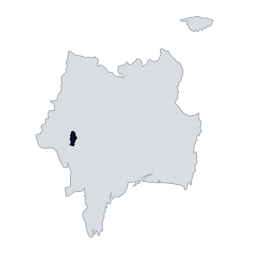 Val-d'Oise on a map of France (Equal Earth projection), rotated 266°
{"feature_id": "FRA-5349", "entity_name": "Val-d'Oise", "entity_type": "Metropolitan department", "adm_level": 1, "iso_a3": "FRA", "parent_name": "France", "parent_adm1": "", "projection": "equal_earth", "projection_center": [2.084, 49.057], "detail": "fine", "context": "in_parent", "style": "filled", "palette": "ink", "viewbox_px": 256, "rotation_deg": 266, "n_neighbors": 0, "source": "natural_earth", "source_scale": "10m", "svg_char_len": 4537}
<svg xmlns="http://www.w3.org/2000/svg" viewBox="0 0 256 256"><g transform="rotate(266 128 128)"><path d="M201.8,100.0L200.1,100.8L199.0,102.6L197.9,103.0L195.9,103.0L194.9,101.9L192.4,102.6L191.5,103.7L193.0,105.1L188.2,110.6L185.2,112.1L184.6,115.8L181.0,118.5L179.7,121.4L179.6,122.0L180.5,122.9L180.2,124.8L178.4,126.1L178.4,127.3L178.9,127.4L181.8,126.5L182.8,125.3L182.2,123.8L185.0,122.0L190.2,122.4L190.8,124.9L190.2,127.0L194.0,131.6L190.9,133.7L190.7,135.1L194.2,139.7L196.3,141.7L195.3,144.8L191.8,146.8L189.6,146.6L188.6,147.1L188.7,148.1L190.3,150.9L194.2,152.7L194.8,154.9L193.8,155.6L192.1,158.9L192.9,160.5L192.7,161.2L193.1,162.3L194.1,163.4L199.4,166.1L204.2,165.6L204.8,167.2L202.0,171.5L202.3,173.4L200.8,173.4L200.5,174.1L197.6,175.5L193.0,179.8L190.8,181.1L189.9,183.3L188.7,184.5L181.9,187.0L180.6,186.4L177.2,186.5L175.1,184.9L171.1,183.9L169.7,181.6L166.0,181.2L165.8,179.7L160.6,181.1L153.2,179.0L150.6,176.8L148.5,177.4L146.6,179.4L138.7,184.6L135.6,190.1L136.2,196.5L138.1,199.7L133.2,199.2L130.3,200.1L129.6,201.5L122.7,199.9L120.2,201.2L119.5,201.1L118.6,199.8L115.2,198.2L115.8,197.2L115.3,196.2L112.1,195.5L111.0,196.4L109.8,194.5L101.0,191.6L99.6,191.7L99.0,194.6L93.3,194.5L92.5,194.0L88.8,194.6L84.9,191.9L80.6,192.4L77.9,189.6L75.3,189.4L71.7,188.0L70.1,187.3L69.9,186.4L68.8,187.7L67.4,187.4L67.1,187.0L68.0,185.5L68.2,183.7L63.7,182.4L62.5,181.1L62.5,180.4L65.0,179.8L67.2,177.3L69.5,168.4L71.2,157.9L72.3,155.9L73.8,155.4L72.6,154.0L71.2,155.8L72.2,146.3L74.0,139.1L77.7,142.0L78.6,143.3L79.6,147.6L81.7,149.4L80.4,147.6L79.1,142.0L78.3,140.4L72.3,135.6L72.2,134.6L74.8,135.1L73.8,131.6L73.3,124.2L69.7,123.5L63.9,120.3L60.0,114.7L59.6,112.7L60.7,110.4L59.8,109.0L58.2,108.1L59.5,106.2L60.7,106.0L64.9,107.1L61.5,105.3L56.0,105.9L53.8,105.3L53.4,103.9L55.0,102.3L53.1,101.2L50.0,101.5L49.6,101.0L50.6,99.8L49.8,99.4L47.2,99.8L45.7,99.4L44.4,98.1L40.2,97.8L39.3,97.0L33.6,95.4L27.6,95.7L26.1,92.9L22.5,91.6L23.2,90.7L26.9,89.9L27.6,89.2L25.0,88.0L24.1,86.9L29.0,86.7L26.9,85.5L22.1,85.6L21.6,83.9L22.2,82.3L25.0,80.8L31.9,79.2L36.9,79.1L40.5,77.2L44.0,76.7L47.3,77.6L51.7,82.3L55.3,80.3L60.6,80.3L61.7,81.5L63.1,79.4L64.3,80.6L70.8,80.2L69.3,79.3L68.1,77.3L68.0,70.0L64.8,64.7L64.1,62.8L64.3,61.2L68.2,61.5L71.4,60.7L72.9,61.2L73.2,64.6L74.5,66.6L83.4,67.2L88.5,68.3L92.9,66.3L96.9,65.5L97.3,65.0L94.9,65.2L92.8,64.4L92.5,63.5L93.7,60.8L99.9,57.9L108.9,55.4L111.3,53.8L113.9,50.8L113.3,50.0L113.8,42.0L115.1,39.3L118.5,37.4L127.2,35.5L128.3,38.1L128.3,39.5L130.6,41.7L131.7,42.4L135.5,41.2L137.4,43.3L137.9,45.7L142.6,46.7L143.9,49.8L144.8,49.1L147.6,49.3L149.0,49.5L150.9,50.9L150.3,52.8L151.2,53.7L150.4,55.4L151.0,56.1L156.3,56.1L157.8,55.3L158.5,53.6L160.1,52.6L160.7,52.9L159.8,56.1L160.5,56.9L160.9,59.3L163.0,59.4L166.9,61.3L170.2,64.3L174.3,63.8L177.5,65.5L180.8,64.6L184.0,65.6L185.1,66.5L188.1,70.8L190.3,69.9L192.0,70.4L192.5,71.7L198.5,70.9L199.6,72.2L200.8,72.6L208.5,74.2L208.6,75.8L204.4,80.5L202.7,87.1L201.5,89.4L201.1,91.1L201.5,92.3L201.3,94.1L200.5,98.4L201.1,99.7L201.8,100.0ZM232.9,192.3L232.6,195.2L233.8,197.3L234.4,205.7L232.3,209.7L232.1,214.6L229.4,220.5L224.9,217.9L223.5,216.4L224.7,214.2L222.0,213.0L222.6,210.8L222.3,209.7L220.5,209.6L220.3,209.0L221.6,207.4L221.6,206.3L219.8,205.0L219.4,203.9L221.0,202.6L220.2,201.4L219.3,201.1L221.4,197.3L222.9,196.2L226.4,195.1L227.7,193.7L230.0,194.5L230.4,194.1L230.9,188.1L231.7,188.0L232.5,188.8L232.9,192.3ZM72.7,132.0L72.1,133.7L69.9,130.8L69.6,129.2L72.7,132.0Z" fill="#d9dde1" stroke="#a8b0b8" stroke-width="1"/><path d="M124.4,74.5L124.0,74.5L123.4,74.8L123.1,75.1L122.8,75.2L122.6,75.3L122.4,75.4L122.1,75.8L121.9,75.9L121.6,75.9L121.5,75.4L121.7,74.9L122.2,74.6L122.3,74.3L122.3,74.2L122.2,74.0L122.2,73.9L121.8,73.8L121.1,73.7L120.8,73.8L120.6,74.1L120.4,74.6L120.1,74.8L119.9,74.7L119.9,74.1L119.6,73.7L119.4,73.6L119.2,73.5L118.9,73.5L118.0,73.8L117.8,73.4L117.6,72.7L117.2,72.4L116.9,72.4L116.6,72.5L115.8,72.9L115.5,72.9L115.4,72.5L115.0,72.3L114.7,72.3L114.3,72.2L115.0,70.2L115.4,69.5L115.6,69.7L115.6,69.8L115.7,70.0L115.8,70.1L116.0,70.3L116.3,70.3L116.7,70.3L117.4,70.5L117.8,70.6L118.1,70.6L118.6,70.5L119.3,70.5L119.6,70.5L119.8,70.4L120.4,70.0L120.6,69.9L120.8,69.8L121.0,69.9L121.1,70.0L121.3,70.2L121.7,70.3L121.9,70.3L122.3,70.4L123.2,70.7L123.4,70.8L123.6,70.8L124.1,70.5L124.4,70.4L124.6,70.5L127.1,71.7L127.5,71.6L127.7,71.8L127.9,72.0L128.2,72.2L128.0,72.5L127.9,73.2L127.7,73.6L127.3,73.8L126.6,74.4L126.1,74.6L124.8,74.3L124.4,74.5Z" fill="#0f172a" stroke="#020617" stroke-width="1.5"/></g></svg>